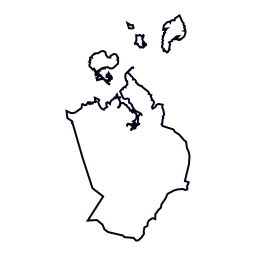 Nett, Pohnpei, Federated States of Micronesia
{"feature_id": "79324940B16225653054825", "entity_name": "Nett", "entity_type": "district", "adm_level": 2, "iso_a3": "FSM", "parent_name": "Federated States of Micronesia", "parent_adm1": "Pohnpei", "projection": "mercator", "projection_center": [158.226, 6.943], "detail": "fine", "context": "isolated", "style": "outline", "palette": "ink", "viewbox_px": 256, "rotation_deg": 0, "n_neighbors": 0, "source": "geoboundaries", "source_scale": "gbopen_adm2", "svg_char_len": 5738}
<svg xmlns="http://www.w3.org/2000/svg" viewBox="0 0 256 256"><path d="M87.7,220.6L96.8,220.0L102.4,224.5L104.5,229.4L108.2,232.1L122.8,235.5L124.6,237.2L133.6,237.9L136.1,240.6L138.4,240.3L141.4,237.6L143.4,234.7L144.0,233.5L143.7,231.6L144.4,227.5L147.4,225.9L147.8,222.5L149.2,220.3L151.9,218.5L153.2,218.3L155.2,219.1L155.4,213.8L156.6,212.9L157.8,210.6L160.9,207.7L161.5,204.3L165.6,198.4L167.5,193.9L173.6,190.6L177.7,189.4L182.8,189.0L185.0,189.9L187.2,189.5L187.2,185.6L188.4,183.6L188.6,182.2L184.9,181.1L189.0,164.0L189.5,155.9L188.7,152.0L187.0,148.0L186.0,141.6L184.2,140.3L179.0,134.4L175.0,132.0L173.5,129.5L162.6,126.0L161.5,124.3L162.4,122.9L162.5,119.5L163.3,118.2L162.8,116.8L164.2,114.6L163.3,109.8L162.2,107.3L162.7,104.7L158.5,104.0L156.5,104.8L155.5,106.9L152.5,108.6L152.0,106.8L153.6,104.0L154.0,102.3L153.0,100.3L151.7,100.0L151.9,98.8L150.8,96.5L151.3,95.2L148.8,93.9L149.1,93.3L148.4,91.8L142.3,87.0L141.9,86.0L140.1,85.8L137.5,84.2L137.6,83.6L135.9,82.4L136.0,81.1L135.1,79.9L133.9,79.1L133.2,79.3L133.4,78.7L131.8,76.3L130.7,75.7L129.4,73.8L127.3,72.6L131.9,68.0L133.2,67.9L133.1,67.4L131.9,67.6L125.7,73.8L125.2,76.9L126.0,80.1L126.9,80.9L126.5,81.1L127.0,82.0L126.4,82.2L127.1,82.2L127.4,84.5L125.7,86.1L125.6,87.2L125.0,86.8L123.3,87.7L122.6,88.6L122.8,89.1L121.4,89.7L120.1,91.4L123.3,98.3L125.0,99.0L127.4,98.5L128.8,99.0L129.2,102.8L130.8,103.5L132.1,105.1L132.2,106.3L134.5,109.9L136.8,111.6L139.7,112.8L141.2,114.0L141.9,115.1L142.5,115.3L141.8,115.1L141.1,114.0L140.1,114.0L138.2,116.2L137.8,122.7L137.0,124.5L137.8,124.9L138.3,124.2L139.2,123.8L139.9,124.2L138.9,124.1L137.8,125.0L137.0,124.6L134.9,128.4L134.0,128.8L133.0,128.2L132.0,128.4L131.1,130.8L131.2,128.9L131.8,128.4L132.7,127.8L133.7,128.3L134.6,128.1L132.2,126.1L133.4,126.2L133.4,125.1L132.5,124.7L131.4,124.8L127.8,124.0L127.1,125.5L126.9,125.2L127.5,124.0L127.1,123.9L128.2,123.7L132.9,124.7L133.3,124.9L133.6,125.9L134.6,126.3L135.7,125.9L135.7,124.9L134.9,124.7L134.2,124.0L134.8,124.5L135.6,124.0L134.6,122.0L134.2,122.0L134.0,123.7L132.1,124.0L133.5,123.6L134.1,122.1L133.1,121.3L134.8,120.5L136.3,118.4L136.7,115.3L136.3,114.0L132.6,110.6L131.9,111.4L133.2,113.2L131.7,111.5L131.4,110.6L132.9,109.6L131.1,110.5L130.0,110.5L129.4,108.5L127.6,107.0L126.4,105.0L125.3,104.9L123.6,103.1L121.6,103.0L120.7,103.7L119.5,106.7L118.3,107.6L117.5,107.8L119.7,105.9L120.0,103.8L120.7,103.2L118.8,98.7L120.8,96.9L118.1,97.9L117.0,94.4L116.4,95.3L116.5,97.5L115.9,98.2L115.3,98.5L116.4,97.4L115.9,97.1L115.2,97.9L114.4,97.5L113.7,99.0L111.7,100.1L110.4,101.7L110.0,104.0L107.7,102.2L106.2,103.1L106.5,106.1L107.2,106.9L104.6,108.5L103.9,109.7L101.5,108.5L100.1,106.7L98.2,102.5L99.1,99.7L94.8,97.7L95.0,100.1L96.1,101.4L95.6,102.1L93.1,102.2L92.6,102.6L92.6,103.5L90.4,103.8L90.6,102.7L90.3,103.6L89.6,103.6L89.4,103.2L90.0,102.9L90.1,103.6L90.3,102.3L88.0,102.3L88.0,102.7L89.3,102.5L89.1,103.8L87.9,103.1L87.0,103.6L86.3,105.0L84.5,105.1L83.0,104.1L82.0,104.4L81.6,107.9L75.4,112.4L73.2,113.1L70.8,113.0L66.5,111.0L67.4,118.0L72.4,121.5L71.9,123.2L72.7,123.5L82.8,158.5L92.5,188.2L103.2,196.5L87.7,220.6ZM182.3,21.7L179.5,15.4L175.1,18.3L174.4,20.0L175.2,20.9L174.0,20.0L171.1,20.6L170.3,22.5L169.8,21.5L167.0,22.3L164.0,25.3L163.1,29.8L163.9,29.9L165.4,28.7L167.0,28.5L166.0,29.3L166.0,30.0L164.8,30.7L165.2,32.6L164.0,33.0L164.1,34.7L162.9,35.9L163.3,36.2L162.5,39.2L163.1,40.6L162.2,42.4L162.8,44.0L161.9,46.4L162.1,47.4L164.0,49.2L164.1,50.2L163.4,50.5L163.7,51.1L164.8,50.5L167.0,52.5L168.3,51.6L168.4,50.6L169.7,49.5L169.2,48.8L170.0,43.9L169.1,42.3L171.9,41.1L172.0,40.1L173.2,39.3L175.5,39.2L176.2,37.6L175.3,37.5L176.6,36.4L178.7,36.1L177.3,37.5L177.7,39.0L176.8,39.3L179.3,40.1L180.4,39.6L180.3,38.9L181.3,39.0L184.4,36.2L185.6,32.2L185.2,31.0L184.4,30.8L185.4,30.4L184.8,28.2L184.2,28.0L184.3,26.2L184.6,26.7L184.8,26.0L183.7,25.3L183.5,23.0L182.3,21.7ZM109.4,84.0L106.5,81.1L108.8,79.7L108.9,80.7L110.7,81.0L109.0,80.5L109.0,79.6L111.7,78.9L111.9,77.4L111.5,76.8L111.5,78.7L110.0,78.9L110.8,78.2L110.6,76.8L110.2,75.8L108.7,75.0L108.8,74.1L108.3,74.9L109.0,73.7L108.6,72.9L107.7,74.9L107.4,75.0L107.6,73.8L106.5,75.5L106.6,77.9L106.8,75.8L108.5,75.0L109.8,75.8L109.6,76.2L110.1,76.1L110.2,77.3L109.3,77.8L107.8,76.5L107.3,77.2L107.8,76.9L108.8,77.6L108.9,78.4L110.2,77.6L110.5,78.0L107.9,80.3L106.2,80.8L106.2,80.3L105.1,79.9L98.8,73.9L98.5,72.5L97.3,72.5L96.8,71.9L99.4,70.9L98.5,70.5L101.7,68.5L102.8,68.7L102.9,68.0L104.7,68.4L104.6,67.6L107.5,67.1L110.4,68.6L113.1,68.1L118.0,63.7L118.2,60.4L117.6,60.0L118.0,59.8L118.1,57.8L117.4,57.6L117.5,56.8L116.3,54.6L114.7,54.1L113.2,54.2L110.3,56.2L110.3,57.5L108.0,57.4L106.0,55.1L105.4,52.1L103.3,51.0L100.8,51.4L98.5,53.1L95.7,53.3L94.9,54.0L94.5,53.6L92.4,55.5L91.4,57.0L91.8,57.6L90.2,57.6L90.0,59.8L90.5,60.1L89.6,61.1L89.9,61.9L89.5,62.1L90.2,62.5L89.3,65.3L89.6,66.3L92.9,69.7L94.0,68.6L94.5,69.2L94.8,70.8L95.4,70.7L95.8,71.8L94.6,72.6L96.1,72.0L96.4,72.4L95.3,74.6L95.7,75.2L96.4,74.6L96.9,75.0L96.2,73.1L97.0,73.1L98.4,75.0L99.4,75.2L98.5,75.6L97.7,75.3L97.8,74.8L97.2,75.1L97.7,75.6L99.0,75.8L97.8,76.6L97.8,77.0L99.9,75.5L102.7,78.4L97.5,79.8L97.2,77.8L96.5,77.9L97.1,80.2L103.2,78.7L107.3,83.0L109.1,84.3L109.4,84.0ZM143.2,35.1L142.0,36.5L139.8,34.9L138.4,35.6L136.3,35.1L136.4,40.5L134.8,43.6L135.0,43.9L135.9,43.3L136.4,44.1L137.5,43.6L138.5,45.7L140.1,47.4L140.4,46.9L141.4,47.2L141.9,46.5L141.7,48.1L142.0,47.3L143.1,47.6L143.7,47.2L144.6,44.3L145.0,45.8L146.1,45.0L145.9,43.9L144.8,43.2L143.3,43.7L143.7,44.8L142.9,45.0L142.8,43.8L144.2,42.9L143.7,42.2L142.8,43.2L143.3,42.0L142.2,38.9L143.2,37.5L142.5,37.0L143.7,35.5L143.2,35.1ZM132.4,28.5L133.6,27.8L132.7,25.0L131.2,25.3L127.3,23.0L129.0,28.2L132.4,28.5Z" fill="none" stroke="#020617" stroke-width="2"/></svg>